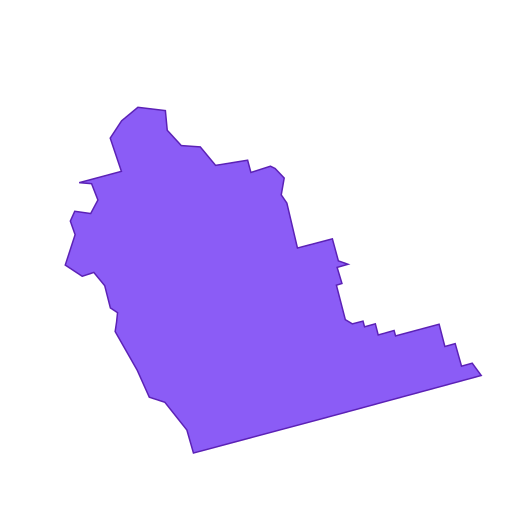 the district of Ouray, Colorado, United States of America, rotated 165°
{"feature_id": "52423323B10602944560492", "entity_name": "Ouray", "entity_type": "district", "adm_level": 2, "iso_a3": "USA", "parent_name": "United States of America", "parent_adm1": "Colorado", "projection": "equal_earth", "projection_center": [-107.791, 38.112], "detail": "fine", "context": "isolated", "style": "filled", "palette": "violet", "viewbox_px": 512, "rotation_deg": 165, "n_neighbors": 0, "source": "geoboundaries", "source_scale": "gbopen_adm2", "svg_char_len": 868}
<svg xmlns="http://www.w3.org/2000/svg" viewBox="0 0 512 512"><g transform="rotate(165 256 256)"><path d="M305.9,419.9L331.6,430.2L350.8,421.4L366.3,407.6L364.1,372.6L407.8,372.6L396.1,368.4L394.2,351.0L404.7,339.8L419.5,346.1L426.3,337.8L425.2,323.4L442.6,296.6L429.1,281.4L416.9,282.1L409.8,266.5L410.1,243.5L404.4,237.1L407.8,228.2L411.6,219.5L400.3,176.4L395.6,147.2L381.9,138.3L367.8,105.8L367.4,81.9L228.9,81.8L69.4,82.3L74.9,96.5L86.0,96.4L86.3,119.8L97.0,119.7L96.8,142.7L141.9,142.7L141.9,148.3L158.4,148.1L158.3,159.6L169.5,159.5L169.5,165.4L180.5,165.5L186.2,171.4L185.9,207.0L180.1,207.2L180.6,224.0L169.3,224.2L177.7,230.0L177.8,252.8L213.9,253.0L212.5,299.1L215.8,308.5L208.6,324.0L214.9,335.6L218.8,339.0L239.3,338.0L239.3,350.7L271.6,354.0L281.6,375.8L299.6,382.0L309.2,400.4L305.9,419.9Z" fill="#8b5cf6" stroke="#5b21b6" stroke-width="1.5"/></g></svg>